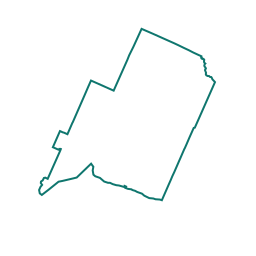 Rio Arriba, New Mexico, United States of America, rotated 114°
{"feature_id": "52423323B40891778777476", "entity_name": "Rio Arriba", "entity_type": "district", "adm_level": 2, "iso_a3": "USA", "parent_name": "United States of America", "parent_adm1": "New Mexico", "projection": "natural_earth1", "projection_center": [-106.665, 36.465], "detail": "fine", "context": "isolated", "style": "outline", "palette": "teal", "viewbox_px": 256, "rotation_deg": 114, "n_neighbors": 0, "source": "geoboundaries", "source_scale": "gbopen_adm2", "svg_char_len": 1630}
<svg xmlns="http://www.w3.org/2000/svg" viewBox="0 0 256 256"><g transform="rotate(114 128 128)"><path d="M50.7,67.2L50.6,67.4L49.8,69.2L49.2,70.7L48.3,71.6L47.6,72.6L48.0,73.7L47.6,75.1L48.1,76.4L48.0,77.8L47.5,78.6L46.9,78.9L45.9,79.1L44.9,80.1L43.8,81.2L42.7,81.3L42.1,81.0L41.3,81.7L40.7,83.0L40.1,83.6L38.5,83.9L37.7,83.6L37.5,84.3L37.1,85.1L35.8,85.9L34.8,86.0L34.3,86.7L34.2,87.8L34.7,88.2L34.6,88.8L34.1,88.7L33.6,89.3L33.9,89.7L33.4,90.1L33.1,89.9L32.6,90.1L32.6,90.6L32.6,93.3L32.5,99.2L32.2,104.1L32.1,109.6L31.9,115.2L31.8,120.3L31.8,126.4L31.8,133.0L31.8,145.9L31.9,155.9L51.4,156.1L61.2,156.5L65.9,156.3L84.2,156.3L99.7,156.3L99.7,181.1L101.7,181.1L106.8,181.1L115.4,181.0L145.1,180.8L145.9,180.9L158.3,180.8L158.3,184.8L158.5,185.6L158.5,188.9L176.1,188.8L176.1,182.6L175.9,182.2L175.0,182.2L174.8,181.6L175.1,181.3L174.5,181.0L174.5,180.8L176.4,180.7L182.2,180.7L184.3,180.7L207.1,180.7L207.0,183.4L207.9,184.5L210.5,184.6L212.3,185.7L213.7,185.3L214.9,183.3L217.4,184.0L220.8,184.0L223.6,182.0L224.2,179.5L216.6,175.4L205.3,169.6L202.9,166.2L195.9,157.0L194.1,154.7L175.6,147.2L177.5,143.9L181.1,143.0L184.7,140.6L185.4,138.3L185.0,133.3L186.6,128.0L186.2,124.0L185.4,122.1L185.5,119.2L185.0,115.4L184.2,112.9L183.4,107.2L182.3,107.5L182.3,105.9L183.8,105.9L183.6,103.2L182.6,99.8L182.9,98.9L182.5,96.0L182.7,93.6L182.3,88.5L183.2,85.6L183.4,80.1L182.1,76.2L181.9,73.9L180.4,69.8L180.2,67.7L162.4,67.8L158.1,67.8L154.0,67.9L149.4,67.8L137.2,67.9L135.0,67.9L124.3,68.0L123.3,67.9L120.3,67.9L119.0,67.9L112.1,68.0L101.2,68.0L100.5,67.1L90.6,67.1L50.7,67.2Z" fill="none" stroke="#0f766e" stroke-width="2"/></g></svg>